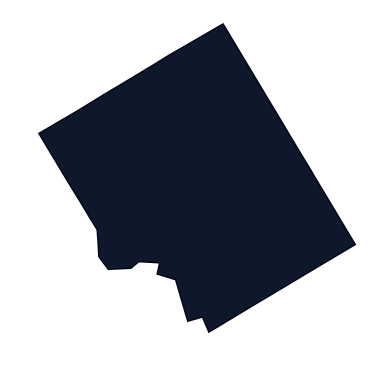 Johnson, Kansas, United States of America (Robinson projection), rotated 239°
{"feature_id": "52423323B40551839125356", "entity_name": "Johnson", "entity_type": "district", "adm_level": 2, "iso_a3": "USA", "parent_name": "United States of America", "parent_adm1": "Kansas", "projection": "robinson", "projection_center": [-94.748, 38.9], "detail": "fine", "context": "isolated", "style": "filled", "palette": "ink", "viewbox_px": 384, "rotation_deg": 239, "n_neighbors": 0, "source": "geoboundaries", "source_scale": "gbopen_adm2", "svg_char_len": 845}
<svg xmlns="http://www.w3.org/2000/svg" viewBox="0 0 384 384"><g transform="rotate(239 192 192)"><path d="M63.2,134.3L63.3,182.5L63.2,213.1L63.1,264.1L62.9,304.9L142.6,305.0L147.9,305.1L169.2,305.0L212.1,305.1L233.3,305.1L320.0,305.2L320.1,303.4L320.1,302.2L320.9,254.1L321.1,243.9L321.1,242.5L320.9,228.8L320.8,223.3L320.8,219.0L320.9,215.0L320.9,214.7L320.8,214.1L320.8,213.4L320.8,203.1L320.8,199.8L320.8,198.1L320.8,192.7L320.9,167.2L320.9,166.0L320.9,165.6L320.8,163.8L320.8,162.4L320.7,152.1L320.6,136.7L320.6,134.5L320.8,116.3L321.1,90.9L293.2,90.9L286.5,90.9L275.7,90.9L264.9,90.9L251.6,91.0L234.2,91.2L232.9,91.2L222.1,91.1L216.7,91.2L208.6,91.3L198.0,86.0L184.5,78.8L168.9,80.4L158.1,100.3L159.7,110.5L148.0,127.8L139.6,119.9L125.3,132.8L83.4,121.8L79.5,136.6L63.2,134.3Z" fill="#0f172a" stroke="#020617" stroke-width="1.5"/></g></svg>